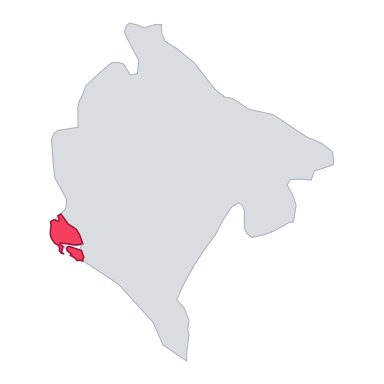 Herceg Novi highlighted on a map of Montenegro
{"feature_id": "MNE-1506", "entity_name": "Herceg Novi", "entity_type": "Municipality", "adm_level": 1, "iso_a3": "MNE", "parent_name": "Montenegro", "parent_adm1": "", "projection": "orthographic", "projection_center": [18.544, 42.482], "detail": "fine", "context": "in_parent", "style": "filled", "palette": "rose", "viewbox_px": 384, "rotation_deg": 0, "n_neighbors": 0, "source": "natural_earth", "source_scale": "10m", "svg_char_len": 1862}
<svg xmlns="http://www.w3.org/2000/svg" viewBox="0 0 384 384"><path d="M161.7,24.7L161.3,27.1L162.1,34.4L165.4,41.5L177.1,48.7L194.4,62.9L214.8,89.1L224.2,96.8L232.6,98.6L249.0,109.3L260.4,111.8L273.1,114.6L306.6,136.9L321.6,143.3L332.4,151.7L333.7,159.8L333.3,164.8L314.3,171.1L311.1,180.1L301.8,179.2L290.5,179.4L287.0,185.1L292.5,194.3L296.2,205.3L293.7,220.4L292.8,222.4L290.0,221.9L274.3,230.9L262.5,235.2L251.9,237.4L246.8,233.3L244.2,227.6L244.4,211.1L242.5,205.5L238.8,202.9L231.6,206.9L223.2,219.7L215.5,234.7L203.9,250.3L194.2,265.3L183.8,284.1L176.7,299.7L184.4,308.4L189.1,320.5L187.7,329.6L189.1,334.9L186.9,350.9L186.6,361.0L163.0,345.1L153.2,322.5L118.8,284.5L79.6,258.6L77.6,254.5L79.7,249.5L81.6,245.5L73.5,245.2L67.8,248.4L62.4,247.5L56.3,237.8L50.6,229.3L50.3,221.9L52.9,220.9L56.8,217.9L65.0,209.7L66.6,205.3L66.2,198.7L54.8,177.9L53.2,164.4L51.5,139.2L54.0,133.3L58.1,130.4L78.1,127.2L77.8,107.7L79.0,101.8L83.0,93.6L85.5,86.2L96.6,75.5L111.5,62.7L118.1,62.3L123.8,64.1L130.3,75.0L137.4,73.5L138.8,60.4L129.5,43.2L124.5,32.3L126.0,26.2L129.4,23.0L137.4,25.0L145.0,27.9L149.7,25.9L157.3,24.3L161.7,24.7Z" fill="#d9dde1" stroke="#a8b0b8" stroke-width="1"/><path d="M59.3,250.9L59.5,247.9L58.7,245.6L56.1,244.1L55.0,243.4L53.1,241.1L51.5,238.4L50.4,235.3L50.3,231.8L51.2,225.2L50.5,222.0L52.0,220.6L53.7,219.8L55.4,220.0L57.1,221.1L58.6,220.9L59.2,219.6L58.9,217.8L57.8,215.8L60.8,214.0L63.3,217.2L68.3,224.2L72.2,226.5L76.4,229.5L79.6,234.8L82.8,243.7L76.0,245.0L60.2,242.9L60.2,244.4L63.0,246.5L61.7,252.4L64.2,254.1L61.3,253.1L59.3,250.9ZM83.5,256.9L82.7,261.0L81.7,261.0L80.5,260.2L77.2,260.6L76.6,260.2L75.8,258.9L74.0,257.5L71.9,256.2L70.3,255.6L70.7,254.9L70.7,254.7L70.8,254.5L71.5,254.1L67.7,251.4L66.5,249.4L67.3,247.1L69.2,246.4L81.4,250.5L82.6,253.9L83.7,256.9L83.5,256.9Z" fill="#f43f5e" stroke="#9f1239" stroke-width="1.5"/></svg>